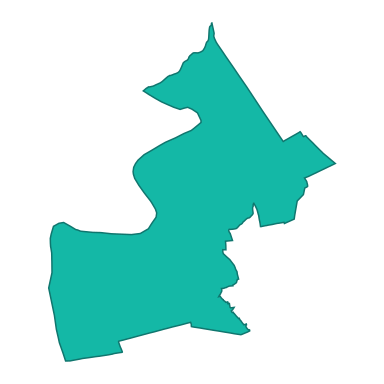 Turcoaia, Tulcea, Romania
{"feature_id": "2599482B2889768165110", "entity_name": "Turcoaia", "entity_type": "district", "adm_level": 2, "iso_a3": "ROU", "parent_name": "Romania", "parent_adm1": "Tulcea", "projection": "natural_earth1", "projection_center": [28.197, 45.114], "detail": "fine", "context": "isolated", "style": "filled", "palette": "teal", "viewbox_px": 384, "rotation_deg": 0, "n_neighbors": 0, "source": "geoboundaries", "source_scale": "gbopen_adm2", "svg_char_len": 5874}
<svg xmlns="http://www.w3.org/2000/svg" viewBox="0 0 384 384"><path d="M65.6,361.0L70.1,360.9L74.2,360.1L80.2,359.0L81.9,358.6L83.1,358.4L89.2,357.6L95.9,356.6L97.7,356.4L99.5,356.2L108.6,354.8L113.3,353.9L113.2,353.9L113.3,353.7L115.5,353.3L119.4,352.7L121.6,352.4L122.1,352.3L122.2,352.2L122.3,352.1L122.3,351.9L122.2,351.5L121.5,349.7L120.1,346.5L119.1,343.6L118.7,342.5L118.6,341.8L118.6,341.6L118.6,341.4L118.8,341.2L119.1,341.1L119.8,340.9L123.1,340.1L126.7,339.1L129.5,338.4L134.6,337.0L136.8,336.4L139.0,335.8L141.7,335.1L144.2,334.4L145.4,334.1L149.1,333.1L154.4,331.8L158.7,330.6L161.7,329.8L163.4,329.3L165.8,328.7L166.3,328.6L168.9,327.9L172.6,326.9L180.5,325.0L184.2,324.0L187.5,323.1L189.6,322.6L190.6,322.3L191.0,323.5L191.2,324.1L191.3,324.3L191.3,324.6L191.3,325.3L191.3,325.8L191.4,326.6L192.4,326.8L194.0,327.1L200.1,328.0L203.4,328.6L209.0,329.5L209.6,329.6L213.7,330.3L219.0,331.1L224.2,332.0L228.1,332.6L231.0,333.1L234.1,333.7L240.2,334.6L240.7,334.7L240.9,334.6L241.3,334.6L245.4,332.9L247.6,332.0L249.7,330.9L249.6,330.0L249.3,329.8L248.6,329.7L248.0,329.5L247.5,329.0L246.5,327.7L245.8,326.2L245.9,325.5L246.5,324.9L246.3,324.0L243.9,324.8L242.0,322.5L241.2,321.2L240.5,320.4L239.9,319.7L239.2,318.3L238.7,318.6L236.3,316.1L234.0,313.3L233.6,313.1L233.1,312.2L232.3,312.5L232.0,312.2L231.6,311.7L231.3,310.9L231.4,310.6L232.0,310.3L232.4,310.0L232.7,309.7L233.3,308.6L233.7,308.1L234.1,307.4L232.0,307.7L230.5,307.8L230.4,307.7L230.0,307.1L229.6,304.9L229.4,303.5L228.0,303.8L227.8,303.3L228.3,303.2L227.7,301.9L225.8,302.3L225.0,301.4L223.4,300.3L223.3,299.7L222.6,299.3L222.0,298.7L221.1,297.7L220.2,296.3L218.7,296.7L219.3,295.6L219.8,294.7L220.1,294.4L220.5,293.9L221.0,292.6L221.6,291.7L221.8,290.7L221.7,289.0L221.5,288.5L223.9,288.3L225.0,287.7L225.7,287.7L226.1,287.6L227.0,287.1L228.0,286.6L228.7,286.3L229.3,286.1L232.9,285.8L232.8,285.3L232.8,285.1L233.3,284.8L233.9,284.5L234.6,284.0L236.0,283.0L236.4,282.6L236.5,282.4L236.7,281.7L236.9,280.5L237.1,280.2L237.3,280.0L237.3,279.5L238.6,279.1L237.3,274.1L237.0,271.7L235.6,269.2L235.2,267.8L234.2,265.4L232.9,263.7L231.2,261.5L229.8,259.6L226.7,256.9L224.8,255.1L223.4,253.8L222.8,252.1L222.8,249.7L225.9,249.8L225.8,245.2L225.5,241.2L232.5,240.5L230.2,233.5L229.2,232.0L228.7,230.8L228.8,229.9L229.2,229.3L230.1,229.4L232.8,229.2L234.7,228.9L236.1,228.6L236.8,228.2L237.9,227.1L239.2,225.6L239.7,225.0L240.2,224.7L240.7,224.4L241.3,224.1L241.7,223.8L242.2,223.4L242.9,222.3L243.1,222.0L243.6,221.6L244.4,220.9L245.7,219.6L246.5,218.9L247.2,218.4L247.8,218.1L248.9,217.9L249.5,217.7L250.6,216.7L251.0,216.2L251.3,215.8L252.0,215.2L252.8,214.1L253.0,213.7L253.1,213.2L253.0,212.3L252.7,210.1L252.6,208.1L252.7,207.3L253.2,206.1L253.1,204.9L253.6,203.4L253.6,202.7L254.4,204.5L255.1,205.5L256.9,209.3L257.6,211.7L257.7,212.1L257.9,212.9L258.3,214.4L258.7,215.6L258.9,217.0L259.4,220.1L259.7,221.3L260.1,223.5L260.5,226.6L261.2,226.6L262.4,226.3L265.9,225.6L266.4,225.6L267.2,225.4L267.9,225.2L272.2,224.5L274.8,223.9L277.1,223.4L278.8,223.2L281.9,222.7L284.0,222.3L284.4,223.5L294.2,219.1L294.8,214.8L297.2,201.0L303.4,194.6L304.8,188.0L306.9,187.0L307.6,186.4L307.6,185.2L306.7,181.5L304.5,178.0L308.5,176.4L335.3,163.5L322.8,153.0L322.2,152.3L319.5,149.7L314.5,144.7L313.2,143.3L309.9,140.1L308.3,138.5L306.8,137.0L306.5,136.7L306.1,136.0L305.9,135.8L305.7,135.7L305.3,135.8L304.8,136.0L304.2,136.4L303.8,136.5L303.4,136.6L302.6,135.4L300.9,132.6L300.4,132.0L300.1,131.7L299.8,131.9L299.2,132.4L298.8,132.6L297.2,133.5L296.0,134.2L290.3,137.4L287.0,139.3L285.1,140.3L283.2,141.5L281.9,139.6L262.5,110.9L258.1,104.2L246.7,86.9L242.9,81.4L239.3,76.2L233.9,68.2L231.0,64.0L225.6,56.2L223.2,52.6L220.8,49.1L217.5,44.3L216.2,42.2L215.5,40.7L214.4,38.3L213.9,36.7L213.8,36.4L213.8,35.5L214.0,34.3L214.1,33.5L214.0,32.7L212.8,27.2L211.9,23.0L211.6,23.1L211.5,23.3L211.4,23.9L211.2,25.5L210.5,25.9L209.9,26.5L209.6,27.2L209.2,29.8L209.0,32.7L208.9,34.9L208.8,36.7L208.6,39.0L208.3,40.1L208.0,40.8L207.7,41.1L207.5,41.4L207.0,41.8L206.8,42.1L206.4,42.8L206.1,43.7L205.6,45.3L205.4,46.2L205.2,46.5L204.6,47.9L203.0,50.5L202.7,50.8L202.2,51.1L201.2,51.7L199.9,52.3L198.0,52.9L197.3,52.9L195.4,52.8L193.9,52.8L192.8,53.2L190.7,55.1L190.0,55.6L189.3,56.7L188.8,57.2L188.9,57.6L188.7,58.1L188.1,59.2L187.7,59.7L187.4,60.1L187.0,60.3L186.4,60.6L185.4,61.2L184.5,61.7L184.0,62.2L183.3,62.8L183.0,63.5L182.8,64.0L181.5,67.1L180.6,69.1L179.9,70.5L179.4,71.2L178.8,71.9L178.4,72.2L177.8,72.7L177.1,73.0L176.5,73.3L175.5,73.7L174.1,74.1L173.0,74.6L171.2,75.3L170.4,75.5L170.1,75.5L169.9,75.5L169.7,75.5L169.1,75.9L168.7,76.1L167.8,76.6L167.0,77.3L165.7,78.4L162.1,81.6L161.4,82.1L160.5,82.7L159.8,83.1L159.4,83.3L158.8,83.5L158.2,83.8L155.9,84.8L153.7,85.9L152.8,86.2L152.4,86.3L151.8,86.4L151.1,86.6L150.5,86.7L149.5,86.9L148.9,87.0L148.5,87.0L148.3,86.9L147.8,87.5L147.6,87.7L146.7,88.0L145.7,88.8L144.6,89.8L143.3,90.9L149.2,94.7L155.7,98.6L161.6,101.9L168.8,105.1L170.7,105.9L173.6,107.2L180.1,109.4L184.3,108.1L187.7,107.3L192.0,109.2L196.5,112.2L197.5,112.9L198.1,114.2L201.0,120.4L201.0,122.5L196.6,126.2L192.9,129.2L191.2,130.5L184.0,133.5L175.6,137.8L165.4,142.3L159.2,145.8L156.9,147.2L151.4,150.5L144.1,154.7L138.1,160.1L135.6,163.5L133.7,167.3L133.1,171.6L133.4,174.2L134.7,178.4L138.8,185.2L144.2,192.8L146.5,195.8L150.5,200.9L151.8,202.9L155.4,209.0L156.7,212.9L156.1,217.2L151.7,223.5L148.4,228.8L140.3,233.5L131.4,234.6L114.0,233.9L111.6,233.8L107.0,233.3L100.7,232.6L92.8,232.4L83.6,231.5L80.6,231.2L77.7,230.0L76.4,229.7L75.8,229.6L72.2,227.4L70.4,226.3L63.6,222.5L58.9,223.3L54.8,225.6L53.5,226.3L52.4,230.0L51.2,234.1L50.3,238.4L50.4,243.0L50.6,246.4L51.0,248.6L51.7,253.0L51.7,253.8L51.8,256.8L51.8,258.6L51.9,261.5L52.0,272.6L51.8,273.6L48.7,288.0L52.3,305.3L54.4,315.4L56.4,329.5L58.3,337.7L59.4,342.8L62.9,352.7L65.6,361.0Z" fill="#14b8a6" stroke="#0f766e" stroke-width="1.5"/></svg>